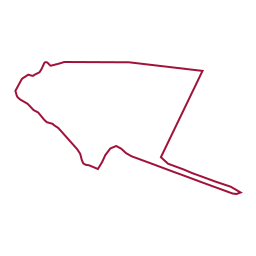 outline of Rivas
{"feature_id": "NIC-24", "entity_name": "Rivas", "entity_type": "Department", "adm_level": 1, "iso_a3": "NIC", "parent_name": "Nicaragua", "parent_adm1": "", "projection": "albers", "projection_center": [-85.754, 11.311], "detail": "fine", "context": "isolated", "style": "outline", "palette": "rose", "viewbox_px": 256, "rotation_deg": 0, "n_neighbors": 0, "source": "natural_earth", "source_scale": "10m", "svg_char_len": 848}
<svg xmlns="http://www.w3.org/2000/svg" viewBox="0 0 256 256"><path d="M179.2,173.9L172.9,171.6L149.3,162.8L131.6,156.3L126.0,153.1L121.1,148.6L116.1,146.0L110.3,148.5L105.3,155.1L102.1,162.1L97.9,169.0L89.1,165.3L85.7,164.8L83.3,163.4L81.9,160.3L80.2,153.8L77.1,149.1L58.4,128.1L56.9,127.0L56.1,126.6L53.4,124.7L52.8,123.9L46.8,122.2L44.1,119.7L38.2,112.5L33.6,110.1L27.6,103.8L20.0,99.4L17.5,97.1L16.8,95.7L15.4,90.9L20.4,81.6L21.6,79.4L22.1,78.7L28.2,74.7L32.3,75.8L33.6,75.6L34.2,74.9L39.1,72.5L39.7,72.0L41.6,68.9L44.3,63.0L44.9,62.5L45.3,62.2L45.8,62.2L46.1,62.2L47.0,62.4L47.7,62.9L48.4,63.6L50.1,65.4L50.9,65.7L58.7,63.7L64.3,62.0L129.1,62.3L202.5,70.9L160.9,157.2L168.0,163.7L183.7,169.5L192.2,173.1L215.7,181.7L230.7,186.7L240.6,192.5L236.5,194.0L232.5,193.5L204.3,183.2L179.2,173.9Z" fill="none" stroke="#9f1239" stroke-width="2"/></svg>